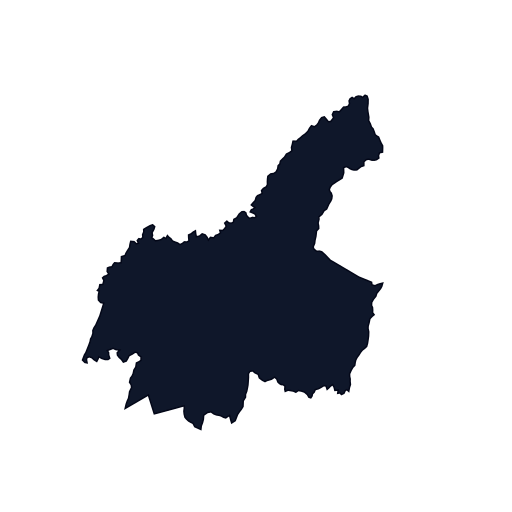 outline of Santa Cruz do Rio Pardo, São Paulo, Brazil, rotated 21°
{"feature_id": "56859067B25162931464836", "entity_name": "Santa Cruz do Rio Pardo", "entity_type": "district", "adm_level": 2, "iso_a3": "BRA", "parent_name": "Brazil", "parent_adm1": "São Paulo", "projection": "robinson", "projection_center": [-49.573, -22.761], "detail": "fine", "context": "isolated", "style": "filled", "palette": "ink", "viewbox_px": 512, "rotation_deg": 21, "n_neighbors": 0, "source": "geoboundaries", "source_scale": "gbopen_adm2", "svg_char_len": 5576}
<svg xmlns="http://www.w3.org/2000/svg" viewBox="0 0 512 512"><g transform="rotate(21 256 256)"><path d="M387.3,268.5L385.1,267.1L384.4,264.9L383.2,262.3L381.6,260.8L380.6,257.8L381.2,254.0L382.3,250.7L382.1,247.6L383.1,244.5L384.0,241.7L384.3,239.3L384.0,235.9L381.7,237.5L379.8,239.0L377.8,241.1L374.6,241.4L373.3,239.1L359.5,238.8L329.9,233.8L327.0,233.4L320.3,230.2L315.9,228.5L313.6,228.7L310.9,229.9L307.7,228.8L306.1,227.2L306.2,223.2L305.4,220.0L304.9,216.3L303.5,210.9L304.7,207.9L303.7,205.5L302.1,202.9L301.6,199.0L300.6,197.1L302.6,193.5L303.3,189.4L305.1,186.8L305.4,181.3L306.1,177.8L306.2,175.5L305.5,172.6L303.7,170.3L302.0,169.4L300.6,167.7L300.6,165.2L301.4,162.2L304.5,157.7L308.5,152.4L308.1,146.9L306.1,142.1L308.2,140.2L310.1,140.2L312.5,140.8L314.7,140.9L316.7,140.6L319.3,139.5L320.4,137.6L321.9,135.0L324.3,133.0L322.9,129.3L324.5,126.4L326.6,125.2L329.9,125.0L332.3,124.1L334.0,122.9L335.6,120.5L334.4,118.4L334.3,115.4L336.9,113.7L335.5,109.7L334.7,107.7L332.3,105.7L330.0,103.4L327.8,101.0L325.8,100.7L323.8,100.1L322.1,98.0L319.7,95.3L317.6,94.3L315.3,91.6L312.6,89.2L311.6,86.0L308.7,81.1L307.1,78.0L306.0,73.6L304.5,69.5L302.4,66.9L300.2,66.8L298.6,69.8L296.8,69.3L294.2,70.0L292.3,71.5L291.3,74.0L288.9,73.5L287.5,75.5L287.3,77.8L288.7,80.2L288.5,83.0L286.5,84.7L284.4,85.6L283.2,88.9L282.1,91.6L279.5,92.0L276.8,93.5L276.6,96.7L278.9,99.1L277.5,103.7L275.4,104.7L272.7,103.1L269.9,101.6L267.7,103.3L266.7,106.5L266.6,109.4L265.8,112.1L264.2,114.4L261.1,114.5L260.2,117.6L259.8,120.9L258.3,124.3L256.4,127.1L255.1,129.7L253.7,131.9L252.8,134.3L249.4,135.5L249.9,138.7L250.2,141.9L251.8,144.9L250.2,147.4L247.9,149.9L247.2,153.5L246.2,155.5L244.8,158.7L245.3,161.5L244.3,163.7L245.0,166.8L244.6,170.3L243.1,172.5L240.3,174.1L238.5,177.3L239.1,179.8L240.0,182.6L241.1,185.2L240.8,187.7L238.7,190.2L237.7,192.9L239.4,195.4L237.3,197.7L235.8,199.1L235.1,201.2L235.4,204.5L234.2,207.4L233.3,210.0L235.2,210.6L237.6,211.1L236.6,213.1L235.1,214.4L234.8,216.9L236.9,216.9L239.8,217.1L242.2,218.8L241.1,220.8L238.9,221.2L236.6,223.2L234.2,222.4L232.4,221.3L231.0,219.3L229.0,218.8L227.0,219.7L225.3,222.7L224.3,227.3L222.2,229.7L222.8,232.6L221.1,234.3L218.7,234.8L216.3,233.9L215.0,236.5L217.6,238.8L216.9,241.7L215.8,244.1L213.0,245.0L214.6,247.1L213.1,249.4L210.9,251.3L210.1,254.2L206.8,254.9L205.8,258.2L203.7,256.1L201.0,254.5L197.8,254.6L196.1,257.7L193.4,259.4L191.9,257.1L190.4,254.2L188.7,256.3L187.5,258.5L185.5,260.5L186.6,263.1L188.0,265.9L186.5,267.7L184.0,268.5L182.8,270.7L180.9,272.6L178.2,271.9L175.1,272.0L172.6,271.9L170.4,270.4L167.7,269.6L166.0,268.7L165.6,272.0L163.3,271.6L161.7,274.5L159.4,276.3L156.6,277.9L154.2,276.9L152.0,276.2L152.1,273.9L150.6,271.5L151.1,267.7L150.9,264.9L148.3,263.9L146.3,265.6L143.5,268.9L141.6,271.4L142.6,273.7L142.5,276.7L143.7,279.2L142.6,281.4L140.4,281.8L139.6,284.1L141.8,286.2L139.9,287.5L137.0,286.3L133.8,287.2L134.2,290.3L134.9,293.4L134.1,297.1L133.6,300.1L133.6,302.5L130.6,304.8L131.7,308.0L132.5,310.6L129.9,312.0L126.4,313.0L125.7,315.1L125.4,317.7L123.2,318.9L121.6,320.4L122.6,323.8L125.1,325.6L123.3,328.1L121.6,329.4L120.6,331.4L122.8,333.4L123.2,337.5L120.5,338.7L121.1,342.4L120.3,345.0L122.3,345.1L122.6,347.9L123.4,350.8L124.7,353.6L127.7,355.1L130.8,354.6L131.7,367.8L131.2,377.9L130.5,381.1L130.4,384.0L131.5,386.6L131.7,390.3L131.3,392.8L131.8,395.1L131.9,398.8L131.8,407.2L131.3,409.7L131.3,412.4L131.3,415.3L134.4,416.7L136.6,416.3L134.9,413.6L134.6,411.4L136.6,409.8L139.3,409.8L142.0,410.9L145.1,411.5L145.4,408.9L145.4,406.3L148.6,406.9L152.3,406.7L154.9,405.7L156.1,403.9L153.9,401.2L153.0,399.0L151.0,397.6L155.7,393.4L158.6,393.6L160.5,393.2L162.5,392.7L161.1,396.1L162.2,398.2L164.6,399.7L167.5,400.8L170.2,402.6L172.5,400.6L173.0,397.5L173.2,394.6L175.7,391.8L177.6,389.1L180.1,388.8L181.7,390.5L184.9,391.4L186.0,394.6L184.8,396.5L182.7,398.7L183.6,402.8L182.9,406.1L183.5,409.9L183.3,412.7L182.6,415.0L183.2,419.2L185.7,421.0L187.0,423.4L186.6,428.0L187.3,430.9L188.0,434.5L187.8,437.7L187.9,440.9L188.5,445.2L205.3,424.3L217.6,439.8L219.3,438.6L235.2,427.0L242.5,421.6L243.5,423.5L244.3,426.7L245.6,429.3L247.5,432.0L249.5,433.1L252.2,434.2L254.7,434.6L257.2,434.8L260.0,437.3L266.7,437.7L265.8,434.3L265.8,430.9L265.4,427.4L264.2,423.4L266.8,419.5L269.9,417.6L273.2,418.5L276.0,418.5L279.0,417.9L281.0,417.8L283.5,418.2L285.8,418.0L287.1,416.0L288.4,414.3L291.4,418.4L293.1,420.6L295.6,417.2L295.6,413.6L295.6,410.6L296.3,407.4L297.2,404.4L297.8,401.2L296.0,395.8L296.8,391.6L295.8,389.0L295.8,385.5L295.2,381.9L294.7,379.3L293.6,375.7L292.5,372.1L291.1,368.6L291.6,365.9L294.1,364.4L296.8,365.4L300.5,365.7L302.8,368.6L306.5,369.7L309.4,370.0L310.9,368.3L312.8,366.9L314.6,365.5L316.8,362.4L319.5,363.4L321.6,365.8L323.7,366.7L325.6,367.0L327.6,366.4L329.8,367.2L330.6,370.1L331.8,371.9L334.0,369.8L337.3,369.1L339.4,368.7L342.0,368.9L343.7,366.4L347.0,365.8L350.1,365.7L353.7,367.0L356.0,368.9L358.0,368.8L358.5,366.6L358.1,364.5L359.1,362.3L359.2,359.5L361.8,357.6L363.4,355.8L365.8,352.7L368.0,352.3L370.2,355.0L371.2,353.1L372.1,350.9L373.7,348.6L376.0,350.6L377.8,353.2L380.8,351.8L381.5,354.9L383.4,353.7L385.4,354.7L387.3,352.7L387.5,349.8L388.7,348.2L391.1,349.1L390.4,345.4L390.2,342.1L388.7,339.2L388.0,337.1L386.6,334.9L385.6,332.5L385.8,328.6L386.3,325.3L387.4,322.7L386.7,319.7L386.4,317.2L386.7,314.5L387.5,311.7L388.1,308.5L389.0,305.7L390.5,303.3L391.7,300.8L391.4,297.6L390.6,293.9L389.8,290.5L388.4,286.4L386.5,283.4L385.8,281.2L385.5,278.0L384.8,273.7L386.1,270.6L387.3,268.5Z" fill="#0f172a" stroke="#020617" stroke-width="1.5"/></g></svg>